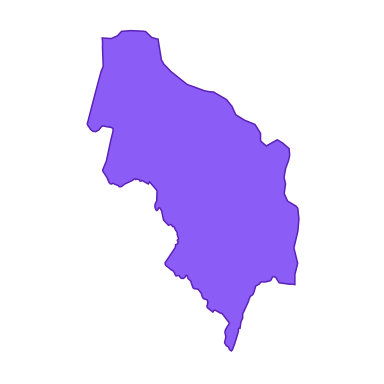 outline of Donga-Mantung, Nord-Ouest, Cameroon, rotated 192°
{"feature_id": "32672807B54432963078560", "entity_name": "Donga-Mantung", "entity_type": "district", "adm_level": 2, "iso_a3": "CMR", "parent_name": "Cameroon", "parent_adm1": "Nord-Ouest", "projection": "orthographic", "projection_center": [10.802, 6.688], "detail": "fine", "context": "isolated", "style": "filled", "palette": "violet", "viewbox_px": 384, "rotation_deg": 192, "n_neighbors": 0, "source": "geoboundaries", "source_scale": "gbopen_adm2", "svg_char_len": 2478}
<svg xmlns="http://www.w3.org/2000/svg" viewBox="0 0 384 384"><g transform="rotate(192 192 192)"><path d="M308.6,236.9L308.1,236.0L307.9,235.7L304.2,232.1L301.6,230.8L298.7,231.0L296.0,233.3L294.2,237.0L292.6,238.2L289.0,238.1L285.9,238.3L285.9,238.6L282.4,237.8L281.9,234.8L282.2,225.5L282.2,213.5L282.2,204.5L283.9,195.4L283.6,193.9L280.8,191.1L278.2,188.5L275.2,184.1L273.5,183.0L272.4,183.1L271.1,184.1L269.4,183.6L265.2,182.9L264.3,182.0L262.3,182.5L259.3,185.9L253.3,190.4L250.6,193.2L249.4,192.5L248.4,193.2L245.9,193.0L245.2,191.9L244.2,192.0L243.1,192.8L236.8,190.9L236.3,190.8L235.6,193.1L227.1,186.6L226.4,185.6L224.7,176.3L225.6,172.1L225.1,169.4L223.7,167.2L222.6,166.5L221.8,167.4L221.1,169.8L220.0,169.6L219.3,168.8L217.8,167.2L214.0,158.6L208.0,154.5L206.5,155.7L205.4,155.6L203.8,154.2L202.2,154.2L200.7,151.9L198.0,149.3L197.7,147.5L195.5,143.5L195.7,142.8L196.4,141.8L195.0,139.9L195.6,138.0L197.1,137.0L196.8,134.3L203.6,117.2L203.3,115.9L202.2,114.6L196.0,111.5L194.4,111.1L192.7,109.7L190.6,106.8L190.0,106.6L188.1,107.5L186.9,107.3L185.5,105.8L184.3,105.3L182.6,105.6L181.2,106.9L180.8,108.9L179.6,109.4L177.9,106.5L174.7,104.6L173.5,102.4L171.1,98.5L169.7,97.9L165.9,98.2L162.1,95.1L160.1,91.5L158.5,90.0L155.4,89.7L154.7,89.7L153.5,87.1L153.6,83.2L152.9,82.0L146.6,78.9L145.9,80.8L144.7,81.2L139.1,79.5L137.3,79.4L128.1,71.5L128.2,71.3L130.6,64.4L130.7,61.8L128.8,57.4L128.8,51.3L126.5,48.8L124.1,48.0L122.6,45.7L120.5,44.7L119.7,45.9L118.7,52.5L118.1,58.8L117.6,65.5L118.1,67.5L117.7,68.5L116.7,68.6L117.1,75.3L116.2,79.3L117.1,83.1L114.2,95.8L114.1,96.6L113.7,100.3L113.1,102.2L111.2,104.2L110.6,106.6L110.1,113.4L107.4,115.6L105.7,118.4L101.4,119.3L99.0,120.5L97.4,121.2L96.3,122.4L95.7,125.6L94.9,126.1L92.6,126.1L87.9,121.3L77.0,122.1L75.4,122.7L72.1,122.8L74.2,132.6L73.8,144.2L80.7,158.5L80.3,175.6L81.4,184.5L81.8,187.8L85.1,198.0L87.3,199.8L96.6,203.0L101.5,209.7L102.2,219.4L105.0,225.4L105.3,234.5L104.1,243.0L104.1,248.4L106.0,254.6L113.8,258.9L119.5,260.8L128.9,252.5L135.5,256.1L137.2,263.7L143.6,270.3L144.5,271.2L154.6,273.0L155.7,273.2L165.3,276.7L169.6,282.6L170.3,283.7L177.3,289.5L191.7,294.3L195.6,293.7L200.8,293.6L219.2,296.2L237.7,305.5L246.1,311.2L249.4,314.9L257.0,334.5L259.3,334.5L263.5,334.8L270.8,339.3L273.4,339.1L285.2,337.2L294.3,334.5L297.4,329.3L302.9,325.3L311.9,324.0L310.7,320.4L309.6,314.7L305.0,296.5L306.0,291.0L306.4,283.7L307.2,268.3L308.6,236.9Z" fill="#8b5cf6" stroke="#5b21b6" stroke-width="1.5"/></g></svg>